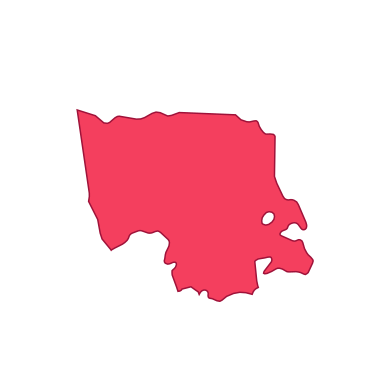 outline of Pesaro e Urbino, rotated 223°
{"feature_id": "ITA-5428", "entity_name": "Pesaro e Urbino", "entity_type": "Province", "adm_level": 1, "iso_a3": "ITA", "parent_name": "Italy", "parent_adm1": "", "projection": "natural_earth1", "projection_center": [12.507, 43.701], "detail": "fine", "context": "isolated", "style": "filled", "palette": "rose", "viewbox_px": 384, "rotation_deg": 223, "n_neighbors": 0, "source": "natural_earth", "source_scale": "10m", "svg_char_len": 2923}
<svg xmlns="http://www.w3.org/2000/svg" viewBox="0 0 384 384"><g transform="rotate(223 192 192)"><path d="M133.1,112.0L133.5,111.0L134.2,110.3L134.5,109.8L138.3,111.9L149.9,117.8L151.3,119.1L152.9,120.8L152.9,122.2L152.7,123.9L152.8,125.7L153.8,128.2L155.0,129.2L156.1,129.3L157.1,128.6L157.9,127.6L158.4,126.5L158.9,125.2L159.7,123.8L160.7,122.6L163.0,121.7L164.3,122.0L165.3,122.7L166.5,124.8L168.7,127.9L169.9,130.1L171.5,135.3L172.2,137.1L173.9,139.5L175.4,140.6L177.1,141.0L187.2,141.0L189.1,140.7L190.5,140.1L191.2,139.1L191.9,138.1L193.0,135.7L193.6,134.6L194.4,133.6L195.3,132.7L196.3,132.0L202.2,129.4L203.3,128.7L204.2,127.8L204.9,126.8L207.7,121.1L208.1,119.8L208.2,118.5L208.0,117.2L207.0,114.9L206.7,113.6L206.5,112.2L206.6,110.8L206.7,109.2L207.3,106.4L210.3,98.3L211.4,94.7L211.4,94.3L212.1,94.5L225.7,96.3L231.1,99.3L242.2,107.6L261.2,114.6L264.0,118.7L266.4,121.2L331.9,173.7L314.7,181.9L303.6,182.4L300.7,184.5L299.7,186.6L298.9,193.8L298.1,196.3L296.9,197.8L282.3,207.4L279.3,210.5L277.4,214.1L274.8,222.3L272.8,225.9L269.4,228.3L261.6,231.0L259.2,234.1L255.5,241.4L212.8,278.1L205.4,278.2L199.9,280.7L198.6,281.7L197.7,282.5L195.2,286.1L193.7,287.8L192.3,288.1L191.0,287.8L187.6,285.9L183.9,284.8L180.5,284.3L178.8,284.4L177.7,284.6L176.9,285.2L174.3,287.8L171.8,289.6L170.3,289.7L169.1,289.2L142.3,259.6L136.0,256.2L122.9,251.0L119.9,250.3L118.4,250.6L117.3,251.1L116.2,251.8L114.6,253.7L113.4,254.7L111.8,255.5L108.7,256.1L105.7,255.3L88.0,247.5L85.9,246.2L85.0,245.4L84.3,244.4L83.8,243.3L83.8,242.0L84.3,240.9L85.1,240.1L86.3,239.7L87.7,239.8L92.2,240.7L93.7,240.6L94.9,240.2L96.0,239.5L96.8,238.6L97.5,237.6L98.1,236.4L98.5,235.2L98.7,233.9L98.5,232.7L97.6,230.5L97.6,229.3L98.0,228.1L99.1,225.8L99.6,224.4L99.6,222.9L99.1,221.2L98.0,220.7L96.8,220.9L85.5,224.8L84.4,225.4L83.3,226.2L82.7,227.2L81.6,229.7L80.5,230.7L78.4,231.2L76.6,230.6L71.1,227.3L66.8,225.8L64.3,225.3L60.6,225.3L57.6,224.9L56.4,224.2L55.3,222.1L52.1,212.3L52.3,210.7L52.8,209.0L53.9,208.4L57.8,207.1L59.6,206.1L61.6,204.7L66.6,199.7L68.2,198.5L73.3,197.3L76.1,195.9L77.4,194.6L78.1,193.1L79.6,188.2L81.6,183.6L83.0,181.8L84.2,181.4L84.8,182.3L85.2,183.5L86.3,195.0L86.9,196.3L87.8,197.3L89.4,198.1L90.5,197.8L92.1,196.1L93.9,193.4L97.9,188.2L98.7,185.7L98.8,184.1L84.0,171.1L79.9,168.2L78.4,167.4L79.3,164.9L79.5,162.7L79.1,160.5L78.2,158.2L83.9,155.1L88.6,151.3L92.4,146.2L95.5,139.3L96.3,133.3L97.1,131.1L99.5,129.5L104.4,127.8L106.4,126.5L107.4,126.1L108.5,126.3L109.5,127.1L111.2,129.1L112.3,129.7L113.5,129.9L114.7,129.7L115.7,129.1L116.6,128.2L117.3,126.7L117.5,125.2L117.3,123.6L116.9,122.0L119.3,123.2L122.6,122.7L128.1,122.0L129.2,120.3L133.1,114.2L132.9,113.1L133.1,112.0ZM116.9,231.8L119.6,231.8L122.2,230.2L123.6,227.8L123.7,224.2L123.1,221.1L121.4,218.5L119.3,216.8L117.7,217.0L115.5,218.1L113.8,220.6L113.0,224.5L113.4,227.8L114.8,230.2L116.9,231.8Z" fill="#f43f5e" stroke="#9f1239" stroke-width="1.5"/></g></svg>